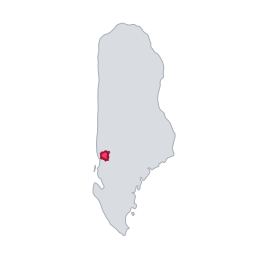 location of Vavatenina, Analanjirofo, Madagascar, rotated 164°
{"feature_id": "10022922B54073545298219", "entity_name": "Vavatenina", "entity_type": "district", "adm_level": 2, "iso_a3": "MDG", "parent_name": "Madagascar", "parent_adm1": "Analanjirofo", "projection": "albers", "projection_center": [49.007, -17.472], "detail": "fine", "context": "in_parent", "style": "filled", "palette": "rose", "viewbox_px": 256, "rotation_deg": 164, "n_neighbors": 0, "source": "geoboundaries", "source_scale": "gbopen_adm2", "svg_char_len": 5834}
<svg xmlns="http://www.w3.org/2000/svg" viewBox="0 0 256 256"><g transform="rotate(164 128 128)"><path d="M165.6,30.9L166.3,32.5L167.1,34.0L169.6,37.7L170.6,39.1L171.5,40.6L172.0,43.6L173.5,48.3L175.0,55.3L175.4,62.5L175.8,65.8L176.9,68.9L178.8,72.1L179.4,75.7L178.2,79.4L176.5,82.9L176.1,83.5L175.3,84.4L174.9,84.4L173.6,83.5L172.6,82.0L171.2,78.5L170.7,76.8L170.1,76.5L168.5,76.6L167.4,77.7L167.1,78.4L167.4,80.4L167.8,82.1L168.0,83.9L168.0,86.2L168.5,86.8L169.1,87.4L169.8,88.9L169.9,92.4L169.4,94.2L168.3,95.7L168.4,96.5L168.8,97.4L168.4,97.9L166.9,98.6L166.3,99.1L165.5,100.7L164.2,103.8L164.0,105.4L164.8,110.3L164.5,113.8L162.9,120.5L161.9,123.6L160.6,127.4L158.5,132.4L156.5,138.6L154.7,145.0L153.5,148.9L152.0,152.7L150.1,159.4L148.4,166.2L146.0,173.7L142.6,182.0L142.3,183.1L141.6,187.4L140.8,191.1L140.0,194.8L138.1,200.8L137.9,202.7L137.5,204.5L135.7,208.3L134.9,209.7L134.4,211.2L134.1,213.1L133.6,214.9L132.3,218.3L130.3,221.2L129.0,222.2L126.1,223.8L124.6,224.1L121.4,224.2L118.2,225.1L115.0,226.8L111.8,228.8L110.6,229.7L109.3,230.3L105.1,230.5L103.8,230.1L99.6,227.0L98.0,226.5L94.9,226.2L93.9,225.9L93.1,225.5L91.8,223.9L89.3,222.6L88.7,222.2L88.3,221.2L88.0,220.2L87.3,219.1L86.8,216.9L85.9,215.4L83.6,212.7L83.3,211.8L83.0,209.0L83.1,207.0L82.7,203.4L83.0,201.7L83.7,200.2L83.3,198.6L82.4,196.9L82.1,195.1L81.4,193.5L78.9,190.6L78.3,189.2L77.8,187.7L76.8,183.1L76.6,181.4L76.7,178.0L77.0,176.2L77.5,175.0L77.6,174.1L78.0,173.3L78.5,172.6L78.9,171.8L79.7,167.4L80.8,166.4L82.5,165.8L83.8,164.6L84.6,163.0L85.3,159.8L87.4,156.6L88.1,154.9L89.8,152.3L91.2,148.7L91.7,147.1L92.0,145.3L92.3,141.6L92.5,139.7L92.4,137.8L91.5,135.9L89.3,132.5L89.2,131.9L89.3,129.3L89.1,127.5L88.2,125.6L87.2,123.9L86.1,120.7L85.5,115.3L85.5,113.3L85.2,111.6L84.4,110.0L84.9,107.1L91.0,96.5L91.2,95.2L90.9,92.0L91.0,90.2L91.2,89.5L91.6,89.1L92.7,88.8L97.9,88.3L98.6,87.9L99.9,87.0L101.6,85.3L102.5,84.8L103.2,84.9L103.6,85.7L104.2,86.1L106.3,85.2L107.1,85.2L107.9,85.3L108.3,84.6L108.5,83.6L108.8,83.0L109.4,82.6L112.1,82.3L113.8,82.0L116.1,81.3L116.5,81.4L118.4,83.8L118.9,84.0L119.6,84.1L120.2,83.7L118.8,82.4L118.5,81.7L118.6,80.9L119.4,79.2L120.7,77.8L123.6,75.8L126.6,73.5L127.5,73.3L128.2,73.6L128.8,76.4L128.7,76.8L129.2,76.9L129.8,76.5L130.3,75.4L130.3,74.5L129.9,73.6L129.7,72.9L129.6,72.2L131.2,70.6L132.4,69.0L132.9,67.2L133.4,66.4L134.7,65.4L135.1,65.5L135.4,66.3L135.5,67.1L135.2,67.9L134.7,68.8L134.6,69.8L135.3,70.0L136.0,69.8L137.0,67.8L138.1,66.0L138.7,65.0L139.6,64.3L141.0,64.5L142.4,64.9L140.1,62.9L139.6,60.3L142.2,55.7L142.2,54.7L142.6,54.4L142.8,54.1L141.4,52.5L141.1,51.8L141.3,50.6L142.0,49.6L142.6,48.8L143.4,48.5L144.1,48.9L145.6,50.2L146.6,50.4L147.8,49.2L148.8,47.6L150.3,46.6L152.0,45.9L154.6,43.5L156.3,38.5L156.4,37.0L156.1,35.3L155.5,33.6L154.5,31.5L154.7,31.0L156.1,31.3L156.6,31.0L158.2,29.1L160.7,25.5L161.6,25.6L162.3,26.2L162.6,27.2L163.1,27.9L164.8,29.6L165.6,30.9ZM147.9,45.0L147.9,45.6L146.0,45.3L145.6,43.4L146.6,43.4L146.8,42.6L147.4,42.5L148.0,44.2L147.9,45.0ZM171.2,98.7L169.6,101.5L170.1,99.2L172.0,95.8L172.5,95.6L171.2,98.7Z" fill="#d9dde1" stroke="#a8b0b8" stroke-width="1"/><path d="M161.8,108.5L161.8,108.3L161.8,108.0L161.9,107.9L161.9,107.6L162.1,107.4L162.1,107.2L162.3,107.0L162.3,106.9L162.2,106.9L161.9,106.9L162.0,106.8L162.0,106.6L162.1,106.4L162.3,106.3L162.4,106.2L162.2,106.0L162.1,105.9L161.9,106.0L161.8,105.8L161.7,105.8L161.6,105.7L161.5,105.8L161.4,105.9L161.2,106.2L161.2,106.3L160.9,106.3L160.9,106.2L160.7,106.2L160.4,106.1L160.2,105.9L160.4,105.7L160.2,105.5L160.2,105.4L160.2,105.2L160.3,105.1L160.3,104.9L160.2,104.8L159.9,104.9L159.7,104.9L159.4,104.9L159.5,104.8L159.5,104.6L159.5,104.4L159.4,104.3L159.2,104.1L159.1,103.9L159.1,103.7L158.9,103.7L158.8,103.8L158.7,103.9L158.5,103.7L158.5,103.4L158.4,103.3L158.4,103.2L158.2,103.3L158.2,103.2L158.1,103.3L157.9,103.3L157.7,103.4L157.5,103.5L157.4,103.5L157.3,103.4L157.2,103.2L157.3,103.1L157.5,103.0L157.5,102.9L157.4,102.9L157.2,102.9L157.1,103.0L156.9,103.2L156.7,103.2L156.4,103.1L156.5,103.0L156.5,102.9L156.4,102.7L156.4,102.8L156.2,102.7L156.2,102.9L156.2,103.0L156.2,103.6L156.3,104.1L156.3,104.3L156.2,104.5L155.9,104.9L155.9,104.7L156.0,104.5L156.0,104.3L155.8,104.3L155.5,104.2L155.5,104.3L155.1,104.6L155.1,104.8L155.0,105.1L155.1,105.4L155.3,105.5L155.2,105.8L155.3,105.9L155.2,105.9L155.3,106.0L155.2,106.3L155.2,106.5L155.1,106.8L155.1,106.7L154.9,106.7L154.7,106.6L154.7,106.8L154.7,107.0L154.9,107.1L155.0,107.1L155.2,107.3L155.0,107.5L154.9,107.5L154.9,107.4L154.8,107.5L154.7,107.6L154.6,107.9L154.8,108.0L154.8,108.4L154.8,108.5L154.6,108.6L154.4,108.5L154.2,108.4L154.2,108.5L153.9,108.7L154.0,108.7L153.8,108.8L153.9,109.0L153.7,109.1L153.9,109.2L153.8,109.3L153.7,109.4L153.4,109.4L153.4,109.5L153.2,109.5L153.1,109.8L153.2,110.0L153.3,110.1L153.2,110.2L153.3,110.2L153.5,110.3L153.5,110.2L153.6,110.3L153.8,110.3L154.0,110.2L154.0,110.3L154.1,110.2L154.3,110.1L154.5,110.1L154.8,110.0L155.0,110.1L155.1,110.3L155.0,110.5L155.1,110.8L155.2,110.7L155.3,110.7L155.5,110.8L155.4,111.0L155.3,111.3L155.2,111.4L155.2,111.5L155.3,111.8L155.5,111.8L155.8,111.8L155.7,111.7L155.8,111.7L156.0,111.7L156.0,111.8L156.3,111.8L156.2,111.9L156.2,112.0L156.4,112.0L156.5,112.0L156.6,111.9L156.8,111.8L157.0,111.7L157.3,111.5L157.5,111.4L157.7,111.5L157.8,111.5L157.9,111.4L158.1,111.4L158.3,111.2L158.5,111.1L158.6,111.3L158.8,111.4L158.8,111.6L158.9,111.4L159.0,111.4L159.1,111.5L159.2,111.3L159.4,111.4L159.4,111.5L159.3,111.8L159.4,111.7L159.5,111.7L159.6,111.8L159.8,111.8L159.8,111.7L160.0,111.5L160.1,111.4L160.3,111.4L160.5,111.3L160.7,111.1L160.6,110.8L160.6,110.7L160.9,110.7L161.0,110.6L161.1,110.8L161.3,110.9L161.3,110.7L161.5,110.6L161.5,110.4L161.4,110.2L161.5,109.9L161.5,109.7L161.6,109.4L161.4,109.1L161.5,108.9L161.8,108.5Z" fill="#f43f5e" stroke="#9f1239" stroke-width="1.5"/></g></svg>